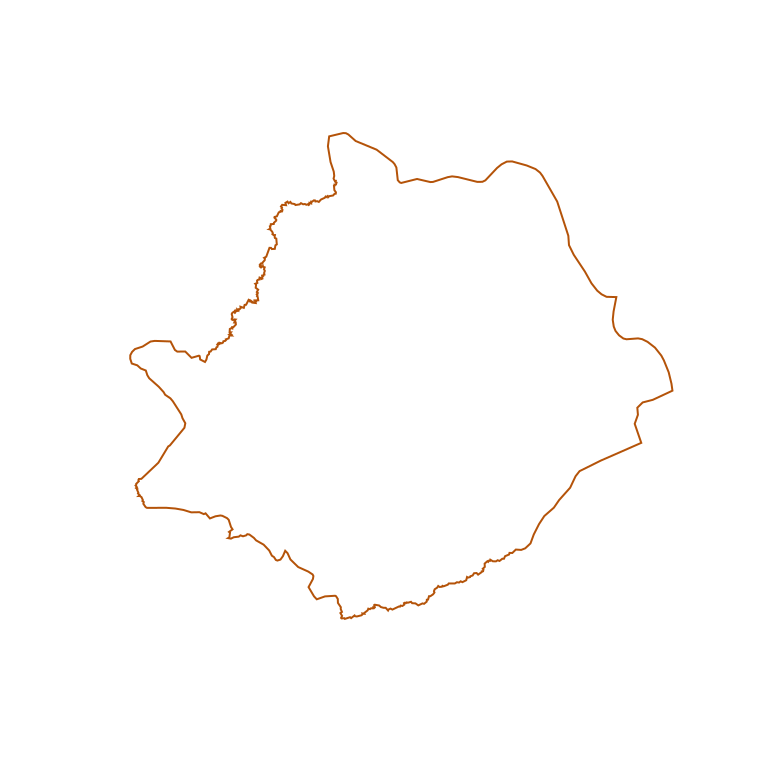 the district of Nong Kung Si, Kalasin, Thailand, rotated 317°
{"feature_id": "78962969B61513284826640", "entity_name": "Nong Kung Si", "entity_type": "district", "adm_level": 2, "iso_a3": "THA", "parent_name": "Thailand", "parent_adm1": "Kalasin", "projection": "albers", "projection_center": [103.282, 16.731], "detail": "fine", "context": "isolated", "style": "outline", "palette": "amber", "viewbox_px": 768, "rotation_deg": 317, "n_neighbors": 0, "source": "geoboundaries", "source_scale": "gbopen_adm2", "svg_char_len": 6166}
<svg xmlns="http://www.w3.org/2000/svg" viewBox="0 0 768 768"><g transform="rotate(317 384 384)"><path d="M467.6,581.1L490.4,587.9L532.0,602.5L540.2,584.1L548.7,579.7L553.1,574.1L560.6,573.9L569.8,578.9L590.4,585.6L594.4,579.9L600.2,569.6L604.8,557.6L606.2,552.3L607.0,542.2L605.5,532.9L603.4,527.3L600.9,523.9L591.9,516.7L590.1,514.0L589.1,508.7L589.5,503.1L591.2,498.7L595.1,493.0L601.4,487.5L613.2,478.9L606.2,472.0L604.3,466.8L603.6,461.2L604.4,451.9L607.6,438.8L610.9,418.9L614.0,408.6L619.9,401.3L635.1,368.7L641.8,340.1L642.3,335.8L641.4,330.1L637.4,321.5L629.5,308.6L625.5,305.1L619.8,303.5L614.0,303.1L597.0,304.2L593.8,303.2L590.0,299.7L579.2,283.1L575.4,278.6L571.7,276.2L557.6,269.6L555.6,267.9L548.0,256.6L533.7,248.7L533.0,247.2L533.1,244.3L540.7,234.1L541.7,230.4L541.8,227.7L538.4,207.6L529.0,187.0L528.1,177.2L527.2,174.6L525.3,172.6L512.8,165.5L505.1,171.9L496.3,185.2L492.1,194.4L489.5,197.9L487.2,199.4L486.5,201.9L487.2,202.5L486.3,203.0L486.7,204.3L485.0,205.3L483.8,204.4L483.3,205.2L482.6,204.9L479.9,208.4L479.6,211.0L478.5,211.9L477.5,211.2L475.3,211.4L472.1,209.3L470.5,209.3L470.9,208.1L469.2,207.9L469.1,207.1L467.6,207.4L463.7,206.1L460.5,206.4L459.8,204.7L458.3,203.7L458.7,202.6L457.8,201.8L455.9,201.7L455.1,200.9L453.9,202.3L453.0,200.6L451.6,201.8L450.9,201.6L451.2,200.7L449.4,199.9L448.9,198.4L447.4,197.4L446.6,195.1L444.8,195.1L441.3,192.7L441.4,191.5L439.4,188.8L439.7,187.0L437.5,186.7L437.8,184.8L435.4,184.3L434.3,186.4L431.7,183.5L429.7,183.9L429.8,185.3L428.9,185.6L428.6,187.3L427.5,188.1L426.9,188.2L426.3,186.9L425.4,187.3L424.1,186.7L420.0,188.3L417.9,187.2L417.3,187.6L417.3,190.3L416.6,191.0L413.5,191.0L412.5,191.8L410.2,189.9L409.0,191.0L408.1,190.8L406.9,192.8L405.6,192.5L406.2,193.3L406.1,196.4L405.5,198.0L404.6,198.3L404.8,199.7L405.8,200.7L404.4,201.7L403.8,202.8L404.4,204.2L400.8,208.8L399.2,208.5L396.3,210.7L394.0,208.8L394.2,207.4L393.1,206.3L384.7,210.6L382.4,210.0L382.5,211.0L381.2,212.1L377.6,212.4L377.1,213.1L376.1,211.9L374.6,212.1L374.6,213.1L373.9,212.9L373.3,214.0L373.5,214.9L374.1,214.9L373.9,214.1L375.8,215.1L375.4,215.6L376.3,217.3L374.5,218.2L374.0,220.0L372.1,221.0L371.2,222.4L370.5,221.9L369.5,222.6L368.7,221.7L367.0,224.0L366.0,223.6L366.5,223.1L365.6,221.3L364.0,222.5L362.5,221.7L361.5,221.9L360.3,223.7L358.2,222.9L358.2,224.1L355.8,226.1L356.3,229.2L353.7,230.0L353.8,231.4L352.1,231.6L352.1,232.7L351.0,233.1L351.0,234.2L349.1,237.0L346.7,234.9L346.5,236.4L345.7,236.1L345.3,237.2L343.4,234.9L344.0,234.3L343.1,234.0L343.3,232.2L342.3,232.3L342.3,231.5L343.1,231.6L342.5,230.1L337.2,232.0L336.0,231.1L333.4,232.7L331.7,229.6L330.8,230.8L329.2,230.8L328.7,230.2L327.7,231.0L327.5,229.7L326.9,230.7L325.6,230.1L325.7,229.4L324.2,230.0L324.3,229.1L323.5,229.6L323.5,228.8L321.7,228.5L320.3,229.0L318.8,231.8L316.9,232.6L316.8,233.7L317.7,234.1L317.8,235.0L318.8,234.9L319.3,235.5L318.4,235.5L318.4,236.0L316.9,236.7L317.6,237.0L317.0,237.6L317.4,238.0L316.2,239.5L312.5,239.7L311.8,238.9L310.9,239.9L310.4,239.0L308.8,238.6L306.4,240.8L307.2,241.7L306.0,241.7L306.1,243.8L304.8,242.9L305.1,244.1L304.1,243.1L301.5,244.7L298.8,243.5L298.6,244.1L297.3,244.2L295.7,243.2L294.5,243.9L293.1,243.6L292.1,242.1L291.8,242.7L291.0,242.5L291.4,241.7L290.7,241.1L289.3,241.4L289.6,241.8L287.5,243.2L286.4,242.9L284.7,243.8L281.9,241.5L279.3,242.0L278.1,241.2L276.4,242.8L274.2,242.7L270.8,245.0L268.1,245.8L266.3,240.7L268.2,237.9L268.0,237.1L261.1,233.6L260.8,224.7L254.9,219.3L254.3,216.5L256.9,207.3L245.7,196.1L242.2,193.7L233.0,192.0L225.7,188.6L221.7,188.7L218.1,189.9L215.6,192.5L213.5,197.0L216.3,202.1L216.7,206.8L219.0,211.7L216.9,216.2L216.2,219.7L217.4,232.4L217.3,239.6L216.6,242.6L218.0,248.8L217.8,252.6L215.0,268.0L213.3,271.6L211.9,277.2L208.2,279.9L185.5,282.9L183.6,282.5L165.3,287.7L141.9,287.9L139.9,286.3L138.8,286.8L138.4,287.9L134.7,288.0L134.0,288.8L133.1,288.8L132.9,291.0L131.7,291.0L132.0,292.7L131.3,292.9L130.2,296.0L129.4,296.3L129.5,298.6L128.2,298.6L129.0,299.3L129.5,301.3L128.5,304.4L127.5,304.8L127.8,306.5L126.3,307.5L125.7,311.5L126.2,313.0L140.2,325.9L146.5,332.8L151.4,339.3L155.5,346.4L161.6,351.9L163.5,356.3L165.3,356.9L165.0,363.6L170.5,365.8L174.7,368.6L175.9,370.2L177.7,375.0L177.8,377.4L174.6,384.2L174.1,387.0L169.8,386.5L170.0,387.7L166.3,390.7L164.9,390.4L166.6,392.7L169.6,393.6L173.7,396.6L175.8,396.8L177.0,399.2L180.0,400.7L181.6,400.6L182.9,402.3L183.9,407.8L183.8,411.1L186.4,419.4L186.5,427.5L184.9,433.1L185.5,435.6L184.9,438.9L185.6,440.4L188.5,441.8L192.6,441.0L198.0,438.6L198.1,441.9L195.9,448.5L196.4,459.3L200.7,469.6L201.9,474.6L201.4,476.3L199.1,478.1L190.3,481.1L188.0,491.6L188.0,495.6L196.0,499.1L203.8,505.5L204.2,506.5L203.6,509.7L201.0,512.7L200.2,517.8L198.9,519.0L197.8,522.0L195.9,521.8L195.2,525.0L193.1,525.8L193.1,526.5L195.3,528.3L195.2,529.1L200.1,531.4L200.3,532.8L204.6,533.2L204.4,534.0L205.6,535.5L209.8,537.8L211.4,537.8L211.7,537.1L213.0,538.7L213.3,538.0L217.7,538.4L219.3,537.6L220.2,539.1L221.6,539.2L222.8,540.5L223.7,540.0L223.9,541.1L225.0,541.1L226.0,539.0L226.7,539.1L229.4,542.7L229.6,545.0L231.0,547.3L232.6,548.8L232.5,552.4L233.5,552.0L235.6,552.7L236.3,554.7L243.2,556.9L243.8,557.7L245.0,557.4L246.1,558.9L248.5,559.2L249.1,557.9L250.2,558.2L250.8,559.3L251.8,559.3L252.2,560.2L255.2,561.7L255.1,563.5L257.4,565.9L258.1,569.3L262.5,570.7L263.4,572.1L266.8,572.3L268.2,571.0L269.2,571.7L272.2,569.9L273.2,570.8L276.5,571.3L278.7,570.9L279.2,569.6L281.1,568.7L284.0,569.2L285.9,568.7L286.2,570.3L288.1,571.8L289.1,571.5L289.6,572.6L293.8,574.3L295.3,574.0L299.8,578.2L302.1,578.7L303.5,580.4L305.5,580.6L306.2,582.4L310.3,583.6L313.1,581.8L313.4,582.9L315.3,583.9L316.1,583.5L318.2,584.5L320.8,583.8L322.8,585.4L322.8,587.6L327.2,588.2L327.7,587.7L328.8,588.5L330.2,587.5L330.2,586.5L333.0,586.5L335.1,584.0L338.8,584.1L338.9,585.1L340.3,584.8L340.9,585.6L341.9,585.0L342.7,587.9L345.0,590.1L346.9,590.4L347.8,592.2L351.4,592.5L352.6,593.6L355.1,592.5L359.2,594.0L360.6,593.1L362.6,595.1L367.5,595.0L371.2,598.9L375.2,600.5L382.4,600.5L390.9,596.2L401.8,592.2L411.2,589.9L423.9,590.3L433.0,588.3L449.4,586.8L461.2,582.1L467.6,581.1Z" fill="none" stroke="#b45309" stroke-width="2"/></g></svg>